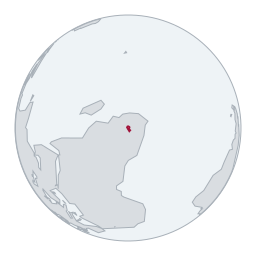 Southern highlighted on a globe, orthographic projection, rotated 221°
{"feature_id": "BWA-2649", "entity_name": "Southern", "entity_type": "District", "adm_level": 1, "iso_a3": "BWA", "parent_name": "Botswana", "parent_adm1": "", "projection": "orthographic", "projection_center": [24.884, -24.914], "detail": "fine", "context": "on_globe", "style": "filled", "palette": "rose", "viewbox_px": 256, "rotation_deg": 221, "n_neighbors": 0, "source": "natural_earth", "source_scale": "10m", "svg_char_len": 4640}
<svg xmlns="http://www.w3.org/2000/svg" viewBox="0 0 256 256"><g transform="rotate(221 128 128)"><circle cx="128" cy="128" r="113" fill="#eef3f6" stroke="#a8b0b8"/><path d="M17.0,108.8L17.1,110.8L18.9,109.2L19.3,112.5L18.9,115.8L20.0,114.9L20.0,116.7L26.2,113.0L30.8,114.2L31.6,120.5L29.8,130.5L32.7,148.1L30.5,158.1L33.1,165.4L36.9,178.0L35.2,180.4L38.9,183.8L40.6,188.1L40.4,190.3L43.1,193.6L43.1,195.1L45.1,196.1L49.2,202.2L52.8,204.6L56.9,209.2L59.3,210.4L59.3,211.0L60.4,212.3L61.9,213.3L60.1,213.7L54.9,210.4L52.0,207.7L52.0,208.2L45.5,201.5L47.0,203.5L39.2,195.3L33.5,187.2L22.4,166.5L21.2,163.5L21.0,163.2L18.8,155.6L17.1,148.0L16.0,140.2L15.4,132.3L15.4,124.5L15.9,116.6L17.0,108.8ZM64.5,213.7L60.9,214.2L62.3,213.6L59.8,211.0L62.9,211.3L64.5,213.7ZM58.6,206.3L57.7,204.1L58.5,204.2L59.3,205.8L58.6,206.3ZM125.6,15.4L121.7,15.6L120.7,15.8L122.0,15.9L118.2,17.1L114.8,17.6L113.6,16.7L108.7,17.5L110.0,16.9L113.6,16.3L125.6,15.4ZM137.3,15.7L138.4,15.9L138.2,15.8L146.4,16.9L154.5,18.5L162.5,20.8L170.3,23.6L177.8,27.0L185.1,30.9L192.1,35.4L198.7,40.3L205.0,45.7L210.8,51.6L216.2,57.9L221.1,64.6L225.5,71.6L229.4,78.9L232.7,86.4L235.5,94.2L237.6,102.2L237.8,102.7L237.8,104.8L237.3,102.4L233.9,92.5L235.1,99.0L237.7,108.4L238.7,116.9L237.4,112.0L236.2,104.5L235.0,100.8L234.1,94.8L230.6,84.4L229.3,83.7L228.2,80.2L223.3,71.0L220.6,69.9L217.2,74.1L218.7,82.8L216.7,85.3L209.3,69.7L205.6,61.1L203.2,60.6L195.4,52.0L182.5,47.6L180.5,45.4L178.2,45.6L172.6,42.8L169.5,39.6L166.3,39.1L174.6,47.8L178.0,48.4L180.7,46.3L182.4,49.3L187.7,53.2L182.4,58.6L163.1,61.8L160.9,55.3L144.8,38.7L145.2,37.2L144.9,36.7L143.7,39.1L140.8,36.4L149.7,46.7L151.3,51.5L162.8,62.1L161.8,63.0L165.4,65.6L176.7,65.1L176.8,67.3L171.6,76.9L155.8,90.5L157.7,102.2L156.4,112.3L146.2,118.6L146.9,127.2L141.6,130.0L141.1,135.0L136.7,140.4L129.5,145.7L117.4,146.3L116.9,141.5L111.1,132.9L103.3,113.1L106.5,103.8L105.5,97.3L96.8,84.4L98.7,76.8L96.3,74.1L91.5,75.7L88.7,72.7L85.7,73.2L67.1,80.5L61.3,78.0L54.4,68.2L57.7,62.2L58.3,57.1L81.2,35.2L86.1,34.6L104.3,29.7L106.5,29.8L104.5,33.0L118.2,35.7L122.5,32.8L134.8,35.0L142.9,35.2L145.7,29.7L132.3,29.0L130.0,26.4L140.6,24.8L152.2,26.2L151.6,25.3L144.2,22.8L146.8,21.8L141.6,21.9L143.8,22.8L140.6,23.1L138.4,22.3L139.4,21.9L135.9,21.4L132.0,24.0L133.8,25.2L124.6,25.8L126.7,28.0L124.2,29.2L119.8,25.9L120.2,24.8L112.0,22.4L110.8,23.6L118.4,26.1L116.0,26.0L114.4,28.2L113.8,26.4L105.8,24.0L97.5,26.0L86.9,33.1L82.0,34.9L77.9,35.2L81.6,29.6L92.2,26.4L93.6,24.9L91.4,24.0L94.8,23.3L95.2,22.7L99.2,21.7L104.7,19.6L108.7,18.8L110.8,17.5L113.1,17.1L111.2,17.9L112.0,18.3L122.0,17.4L123.9,17.1L124.5,16.4L127.2,16.5L126.4,16.0L132.2,15.9L124.6,15.7L125.0,15.5L128.4,15.4L137.3,15.7ZM73.5,44.1L72.9,45.5L73.5,44.1ZM164.8,31.4L171.5,33.2L168.0,29.5L170.3,30.0L168.3,28.7L167.7,29.2L162.7,26.0L165.4,26.0L164.4,24.9L162.0,24.2L157.8,24.9L165.0,29.3L163.7,30.2L164.8,31.4ZM93.4,21.3L94.8,21.1L93.3,21.8L88.2,23.6L90.3,22.4L93.4,21.3ZM97.1,20.7L97.4,19.8L100.6,18.9L98.7,19.5L100.8,19.0L98.4,19.9L101.1,20.3L100.0,21.1L91.2,23.4L94.7,22.1L93.2,22.2L97.1,20.7ZM109.1,28.5L110.9,28.4L113.6,28.0L112.6,29.5L109.1,28.5ZM103.5,26.7L105.1,26.3L105.1,28.0L103.3,28.2L103.5,26.7ZM106.0,24.9L105.2,26.2L104.5,25.6L106.0,24.9ZM112.7,17.6L114.4,17.4L114.6,17.5L113.6,17.8L112.7,17.6ZM143.4,30.4L141.1,31.3L139.8,30.8L140.9,30.5L143.4,30.4ZM126.1,29.9L130.1,30.5L125.8,30.3L126.1,29.9ZM179.8,182.1L179.9,184.4L178.4,183.9L179.8,182.1ZM174.9,113.5L166.6,131.2L161.5,130.5L160.9,124.6L164.2,113.6L170.3,111.4L173.4,107.0L174.9,113.5ZM238.7,149.0L238.8,148.3L238.7,148.8L238.7,149.0ZM239.1,146.8L239.2,145.6L239.3,144.8L239.1,146.8L239.1,146.8ZM239.4,143.5L238.9,136.4L238.3,132.4L238.7,131.2L239.6,136.1L239.4,143.5ZM238.7,131.0L237.4,121.9L233.6,102.4L235.0,104.5L238.6,118.7L238.4,119.9L239.2,126.2L238.7,131.0ZM240.4,134.6L240.3,136.2L240.3,131.9L240.1,129.4L240.0,122.4L240.1,120.1L240.3,121.6L240.4,120.2L240.4,134.6ZM219.2,83.9L221.6,90.6L220.3,90.6L219.2,83.9ZM220.0,193.0L220.1,192.8L220.1,188.8L221.2,185.5L223.3,183.1L229.1,171.8L229.0,172.8L232.1,166.2L233.5,167.1L234.5,164.7L231.6,172.1L228.3,179.3L224.4,186.3L220.0,193.0Z" fill="#d9dde1" stroke="#a8b0b8" stroke-width="1"/><path d="M129.4,129.1L129.3,129.3L129.2,129.4L129.0,129.6L128.9,129.6L128.5,129.7L128.4,129.7L128.2,129.6L128.0,129.8L127.9,129.8L127.7,129.8L127.5,129.7L127.3,129.7L127.2,129.5L127.2,129.4L126.9,129.2L126.8,128.2L126.6,127.9L124.8,127.9L124.7,127.9L124.7,126.2L127.6,127.1L127.6,127.5L127.9,127.5L127.9,127.2L129.0,127.6L129.3,127.7L129.4,127.9L129.3,128.0L129.2,129.0L129.4,129.1L129.4,129.1Z" fill="#f43f5e" stroke="#9f1239" stroke-width="1.5"/></g></svg>